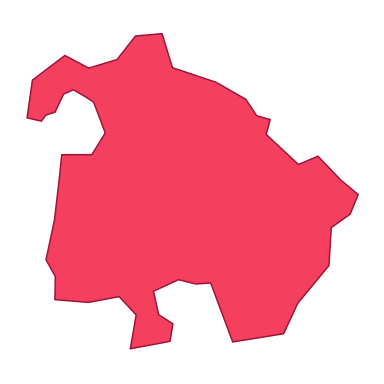 outline of Kushtepa, Ferghana, Uzbekistan, rotated 181°
{"feature_id": "79887680B56995537187313", "entity_name": "Kushtepa", "entity_type": "district", "adm_level": 2, "iso_a3": "UZB", "parent_name": "Uzbekistan", "parent_adm1": "Ferghana", "projection": "mercator", "projection_center": [71.644, 40.53], "detail": "fine", "context": "isolated", "style": "filled", "palette": "rose", "viewbox_px": 384, "rotation_deg": 181, "n_neighbors": 0, "source": "geoboundaries", "source_scale": "gbopen_adm2", "svg_char_len": 750}
<svg xmlns="http://www.w3.org/2000/svg" viewBox="0 0 384 384"><g transform="rotate(181 192 192)"><path d="M358.2,263.3L343.9,260.2L339.4,266.4L330.3,269.5L322.1,287.6L312.5,292.1L301.2,285.9L291.9,280.1L279.8,249.5L292.8,227.6L322.9,227.0L324.4,208.6L329.0,161.8L336.8,121.7L327.2,105.1L327.2,82.0L293.6,79.8L263.0,86.1L245.7,68.1L250.9,34.2L211.4,42.3L208.8,59.9L223.1,68.7L228.8,92.1L204.0,104.1L186.8,100.1L171.7,101.3L148.7,42.8L97.9,51.9L84.3,82.6L53.8,120.8L52.1,158.9L33.5,172.6L25.8,192.3L43.4,206.5L66.7,230.0L86.1,221.4L118.8,250.8L115.1,265.8L128.6,269.4L139.8,285.6L169.8,302.1L213.7,315.9L224.7,349.8L251.2,347.0L269.3,323.1L297.5,314.1L321.5,326.3L353.5,301.1L358.2,263.3Z" fill="#f43f5e" stroke="#9f1239" stroke-width="1.5"/></g></svg>